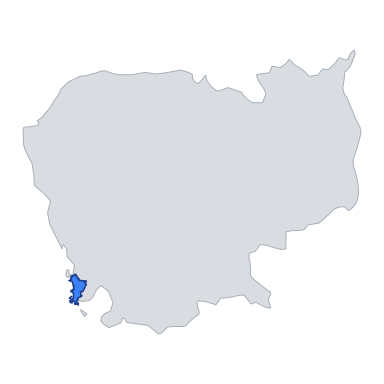 location of Kiri Sakor, Kaôh Kong, Cambodia
{"feature_id": "14789045B21288093424690", "entity_name": "Kiri Sakor", "entity_type": "district", "adm_level": 2, "iso_a3": "KHM", "parent_name": "Cambodia", "parent_adm1": "Kaôh Kong", "projection": "albers", "projection_center": [103.125, 11.088], "detail": "fine", "context": "in_parent", "style": "filled", "palette": "blue", "viewbox_px": 384, "rotation_deg": 0, "n_neighbors": 0, "source": "geoboundaries", "source_scale": "gbopen_adm2", "svg_char_len": 6619}
<svg xmlns="http://www.w3.org/2000/svg" viewBox="0 0 384 384"><path d="M354.2,50.1L355.3,53.7L352.7,60.6L350.0,66.8L344.7,72.3L344.5,76.3L342.8,88.2L343.6,92.0L344.9,95.2L346.6,96.9L351.4,108.5L355.8,119.0L360.1,127.7L361.0,133.2L357.3,147.2L353.0,160.0L353.5,166.4L355.5,172.8L357.7,181.3L358.6,192.1L357.6,199.3L355.7,203.7L351.9,208.3L348.5,210.6L344.4,206.9L341.2,206.7L336.8,207.9L333.4,209.8L326.6,216.5L319.0,223.1L308.3,224.8L304.2,229.7L299.8,230.4L291.4,230.7L285.9,231.9L286.1,234.3L285.8,245.7L286.0,248.4L285.1,249.1L281.3,249.5L274.8,247.8L266.0,245.1L259.8,244.7L256.6,249.7L254.7,251.7L252.4,252.0L249.9,252.9L249.1,255.1L248.9,257.9L250.2,262.6L250.7,270.1L250.4,275.2L252.7,278.5L266.2,289.3L270.2,291.9L270.7,293.6L268.4,299.5L270.6,307.9L266.4,307.7L259.3,304.2L256.0,302.1L251.9,303.9L250.5,303.5L247.7,299.5L244.1,295.3L240.4,295.1L232.6,296.8L224.6,298.0L221.6,298.0L220.3,298.8L215.8,305.0L213.8,304.0L205.7,301.7L198.4,300.8L196.9,302.4L197.8,307.5L199.4,312.5L198.5,314.6L194.5,317.2L189.2,322.0L185.9,325.6L183.7,326.5L175.5,326.4L167.5,327.0L164.2,330.4L161.2,333.1L158.6,333.9L148.0,325.4L126.9,322.5L124.6,318.7L122.6,318.0L120.7,322.9L109.2,327.6L104.3,324.8L100.8,321.3L101.3,317.1L104.7,313.7L110.4,311.2L113.0,302.6L108.6,291.5L104.8,288.3L100.8,285.7L96.5,289.9L93.0,296.9L89.3,300.5L84.0,301.3L76.3,301.1L73.3,290.5L72.3,281.5L73.4,271.2L74.5,265.1L67.1,256.7L66.7,248.7L63.2,244.6L62.1,246.7L62.2,249.0L61.2,247.3L49.6,223.8L47.6,212.9L49.6,204.5L50.8,201.7L47.5,197.3L42.7,192.3L34.4,185.7L33.9,175.3L32.0,163.0L29.5,158.9L25.7,151.3L23.7,145.1L23.0,128.5L24.1,127.2L30.0,126.7L37.6,125.6L38.8,122.9L37.4,120.7L42.3,117.0L49.2,108.8L54.6,100.2L58.4,94.8L60.7,89.5L68.5,81.9L79.3,76.6L86.5,75.4L94.1,73.6L101.4,71.0L104.8,70.8L113.8,73.8L118.7,74.6L123.8,74.6L129.1,74.9L133.7,74.5L144.8,72.4L156.5,74.0L167.0,72.6L179.9,70.1L186.3,71.6L192.1,74.1L192.9,79.1L194.3,81.4L196.2,83.1L198.8,83.1L202.1,79.6L204.8,75.9L205.7,75.3L205.8,77.0L207.2,81.0L209.7,84.8L212.3,87.3L216.4,90.7L219.2,90.9L228.0,87.6L241.3,92.1L242.9,94.5L247.2,99.2L251.9,102.6L262.3,102.7L265.9,94.2L264.1,89.1L258.1,80.3L256.4,75.1L258.3,74.1L268.3,73.0L269.9,72.0L272.0,66.2L274.7,66.8L280.3,67.5L286.1,63.5L289.5,59.3L291.4,61.2L293.5,64.0L295.8,65.7L300.1,68.1L304.8,71.6L307.7,75.0L310.0,76.3L316.0,75.3L317.5,75.4L320.9,71.2L323.3,68.9L325.4,69.5L328.4,69.4L334.5,64.0L338.0,59.1L339.9,57.7L345.5,60.1L347.7,59.5L350.8,52.8L354.2,50.1ZM69.4,276.7L68.2,277.3L67.1,277.3L66.0,276.3L66.1,272.5L66.9,270.2L68.8,269.8L69.4,276.7ZM86.9,313.9L84.6,316.4L80.8,311.2L80.9,309.7L86.9,313.9Z" fill="#d9dde1" stroke="#a8b0b8" stroke-width="1"/><path d="M86.3,281.1L85.3,280.9L84.4,280.8L83.7,280.8L82.9,280.8L82.5,280.7L82.3,280.7L82.0,280.7L81.6,280.6L81.2,280.5L80.9,280.4L80.6,280.5L80.2,280.7L79.9,280.6L79.6,280.4L79.5,280.2L79.4,280.3L79.3,280.2L79.2,280.1L78.9,279.9L78.8,279.7L78.6,279.5L78.6,279.4L78.5,279.2L78.4,279.0L78.5,278.6L78.4,278.5L78.4,278.4L78.2,278.1L78.3,278.1L78.0,277.8L77.7,277.8L77.5,277.6L77.2,277.5L77.0,276.8L77.1,276.7L77.0,276.3L76.9,276.0L76.9,275.9L76.7,275.8L76.3,276.0L76.1,276.0L76.0,275.9L75.8,275.7L75.9,274.7L75.8,274.4L75.7,274.5L75.3,274.7L75.2,274.9L74.7,274.8L74.5,274.6L74.3,274.5L74.2,274.5L74.1,274.8L74.1,275.2L73.9,275.3L73.7,275.4L73.3,275.4L73.3,275.6L73.2,275.8L72.8,275.8L72.4,275.7L72.5,275.8L72.6,276.0L72.4,276.3L72.5,276.5L72.4,276.7L72.2,276.7L71.8,276.6L71.3,276.7L71.2,276.7L71.3,276.7L71.0,276.6L71.0,276.8L71.1,277.0L71.3,277.3L71.4,277.5L71.4,277.9L71.3,278.1L71.2,278.1L71.1,278.3L70.7,278.3L70.7,278.5L71.0,279.2L71.0,279.5L71.0,279.8L70.8,279.7L70.6,279.8L70.2,280.0L70.0,280.3L69.9,280.3L69.6,280.7L69.4,280.7L69.5,280.8L69.8,281.1L70.2,281.1L70.3,281.0L70.5,281.0L70.6,280.9L70.7,280.7L71.1,280.8L71.2,280.7L71.5,280.8L72.1,281.6L72.5,282.6L72.9,283.9L73.3,285.3L73.6,285.6L73.6,285.8L73.8,286.9L74.0,288.8L73.8,289.0L73.6,289.1L73.6,289.4L73.6,289.7L73.4,290.0L73.2,290.2L72.9,290.4L72.7,290.2L72.8,290.1L72.5,289.8L72.4,289.9L72.4,290.0L72.1,290.2L72.2,290.3L72.4,290.4L72.6,290.3L72.7,290.7L72.7,291.2L72.7,291.6L72.7,291.8L72.8,292.0L73.0,292.5L73.3,294.0L73.5,295.4L73.4,297.8L73.1,298.0L72.9,298.1L72.8,298.3L72.7,298.5L72.6,298.8L72.8,299.1L72.7,299.4L72.6,299.5L72.7,300.1L72.8,300.9L73.3,301.0L73.8,301.3L74.4,301.8L74.7,302.2L74.8,302.3L75.0,302.9L74.9,303.3L74.8,303.5L74.7,303.7L74.3,303.6L74.2,303.5L74.4,303.8L74.6,304.0L75.1,304.3L75.5,304.4L75.8,304.3L75.9,304.2L75.8,303.9L75.9,303.7L76.2,303.6L76.5,303.7L76.8,303.8L77.0,303.9L77.1,304.1L77.3,304.2L77.5,304.5L77.9,304.7L78.0,304.7L78.2,304.8L78.2,304.7L78.0,304.4L78.2,304.0L78.2,303.9L78.3,303.8L78.4,303.6L78.2,303.4L78.1,303.2L77.9,303.3L77.8,303.2L77.7,303.2L77.3,303.0L77.3,302.9L77.2,302.9L77.1,302.7L77.3,302.8L77.3,302.7L77.2,302.5L76.9,302.6L77.0,302.5L77.0,302.4L76.9,302.3L76.6,302.0L76.5,301.8L76.5,301.3L76.6,300.9L77.0,300.4L77.7,300.0L78.1,299.8L78.2,299.7L78.0,299.3L77.9,299.1L77.7,298.0L77.7,297.9L78.2,297.9L78.4,297.7L79.1,297.4L79.5,297.2L80.0,297.2L80.5,296.8L80.7,296.7L80.7,296.4L80.8,296.5L80.9,296.4L81.1,296.3L81.6,296.3L81.8,296.1L81.9,295.8L81.8,295.6L81.6,295.3L81.5,295.2L81.4,295.2L81.2,295.1L81.0,294.9L80.9,294.8L80.9,294.6L80.9,294.0L80.8,293.9L80.7,293.8L80.5,293.2L80.6,291.8L80.5,291.6L81.1,291.7L81.3,291.7L81.5,291.7L81.9,291.8L82.3,291.7L82.6,291.7L83.0,291.4L83.2,291.0L83.4,289.8L83.8,289.5L84.3,289.0L84.4,288.8L84.4,288.0L86.3,284.6L86.2,284.5L86.1,284.3L86.0,284.0L85.8,283.8L85.8,283.5L85.4,283.3L84.9,282.8L84.7,282.7L84.6,282.4L85.0,282.3L85.5,282.2L85.7,281.9L86.1,281.7L86.4,281.3L86.3,281.1ZM72.0,302.2L71.8,302.0L71.6,301.9L71.3,301.6L71.1,301.6L71.1,301.9L71.0,302.1L70.9,302.1L70.8,302.3L70.8,302.5L70.7,302.6L70.9,302.7L71.5,302.8L71.6,302.7L72.1,302.7L72.3,302.7L72.3,302.3L72.2,302.3L72.0,302.2ZM71.6,299.4L71.7,299.1L71.4,299.1L71.3,299.4L71.1,299.5L71.1,299.8L70.9,300.1L70.9,300.3L71.0,300.3L71.2,300.0L71.3,299.9L71.2,299.8L71.4,299.6L71.6,299.4ZM71.5,296.5L71.1,296.5L70.8,296.9L70.7,297.1L70.8,297.2L71.0,296.9L71.5,296.8L71.6,296.6L71.5,296.5ZM70.1,297.9L69.8,297.9L69.7,298.0L69.5,298.3L69.9,298.4L70.0,298.3L70.0,298.0L70.1,297.9ZM70.5,301.4L70.8,301.3L70.8,301.2L70.7,301.2L70.5,301.3L70.1,301.3L70.2,301.5L70.3,301.6L70.5,301.5L70.5,301.4ZM71.7,291.5L71.8,291.4L71.9,291.1L71.7,291.1L71.6,291.3L71.5,291.5L71.7,291.5ZM72.3,292.1L72.2,291.8L72.2,292.1L72.3,292.1ZM71.0,291.5L71.2,291.4L71.0,291.2L71.0,291.3L71.0,291.5L71.0,291.5ZM70.0,301.1L69.9,301.1L69.9,300.9L69.7,300.9L69.7,301.0L69.9,301.1L70.0,301.1ZM70.7,300.1L70.4,300.2L70.6,300.2L70.7,300.1Z" fill="#3b82f6" stroke="#1e3a8a" stroke-width="1.5"/></svg>